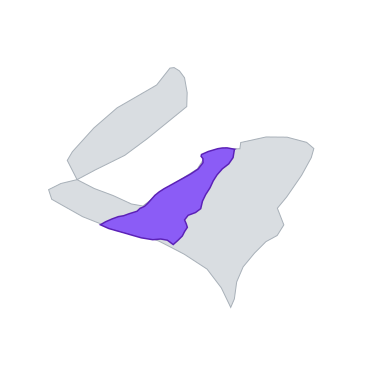 where Tutong sits in Brunei, rotated 243°
{"feature_id": "BRN-1184", "entity_name": "Tutong", "entity_type": "District", "adm_level": 1, "iso_a3": "BRN", "parent_name": "Brunei", "parent_adm1": "", "projection": "equal_earth", "projection_center": [114.706, 4.599], "detail": "fine", "context": "in_parent", "style": "filled", "palette": "violet", "viewbox_px": 384, "rotation_deg": 243, "n_neighbors": 0, "source": "natural_earth", "source_scale": "10m", "svg_char_len": 1516}
<svg xmlns="http://www.w3.org/2000/svg" viewBox="0 0 384 384"><g transform="rotate(243 192 192)"><path d="M255.2,95.2L239.6,106.4L224.3,120.4L208.9,132.5L201.8,141.9L204.3,155.2L208.0,184.3L210.1,207.2L215.4,216.2L219.6,225.4L217.9,235.3L208.8,254.3L214.0,257.9L207.4,283.0L197.7,301.6L184.1,316.7L175.4,320.3L168.4,313.8L157.1,297.2L144.6,274.1L138.8,260.7L121.0,258.9L114.6,248.2L114.2,235.3L109.2,220.0L102.1,203.6L91.6,191.0L77.5,181.2L71.6,174.1L93.3,174.6L116.5,170.4L140.3,156.7L163.3,140.2L182.6,121.3L200.7,100.0L219.7,83.3L249.2,63.7L259.2,65.3L259.1,79.1L255.2,95.2ZM276.8,95.2L282.2,103.7L293.6,133.6L301.0,163.5L303.4,209.1L312.4,228.6L311.0,232.5L305.6,235.8L297.2,237.2L282.7,232.8L270.5,226.1L259.9,176.7L255.2,148.8L255.6,115.4L255.2,95.2L276.8,95.2Z" fill="#d9dde1" stroke="#a8b0b8" stroke-width="1"/><path d="M201.1,138.7L200.9,139.0L200.8,143.2L202.2,148.0L205.9,157.5L207.0,162.8L207.6,168.5L208.6,198.5L209.7,207.9L213.1,215.1L216.9,216.9L219.7,216.3L221.1,217.5L220.7,224.9L218.9,234.6L217.5,238.9L215.4,243.3L210.8,249.3L210.8,249.2L210.4,248.9L204.0,244.2L200.4,237.5L198.9,229.6L195.9,222.1L192.3,216.0L187.6,210.0L183.5,203.0L179.1,197.2L173.2,192.2L172.1,185.8L173.0,178.0L170.5,172.7L166.1,172.4L162.6,171.8L160.1,167.4L157.2,163.4L155.3,157.5L153.7,151.4L160.3,148.1L164.3,142.8L167.3,135.4L174.2,126.0L197.2,101.3L204.4,95.5L204.7,101.5L204.3,108.6L203.5,115.2L201.9,120.3L201.2,126.0L199.8,134.3L201.1,138.6L201.1,138.7Z" fill="#8b5cf6" stroke="#5b21b6" stroke-width="1.5"/></g></svg>